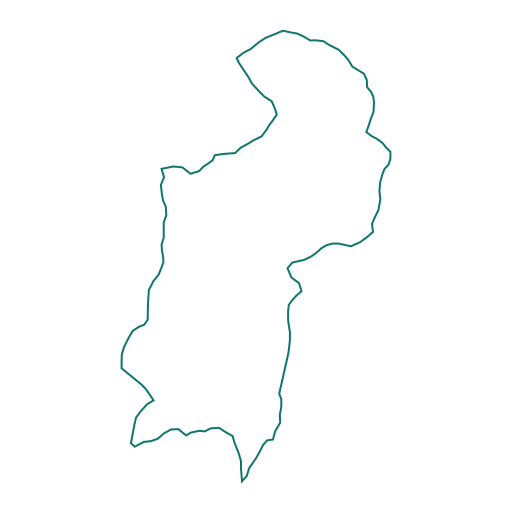 Neves Paulista, São Paulo, Brazil
{"feature_id": "56859067B65354392339928", "entity_name": "Neves Paulista", "entity_type": "district", "adm_level": 2, "iso_a3": "BRA", "parent_name": "Brazil", "parent_adm1": "São Paulo", "projection": "robinson", "projection_center": [-49.646, -20.875], "detail": "fine", "context": "isolated", "style": "outline", "palette": "teal", "viewbox_px": 512, "rotation_deg": 0, "n_neighbors": 0, "source": "geoboundaries", "source_scale": "gbopen_adm2", "svg_char_len": 2147}
<svg xmlns="http://www.w3.org/2000/svg" viewBox="0 0 512 512"><path d="M291.1,32.5L282.9,30.7L275.1,34.0L265.5,37.9L258.7,42.4L250.7,49.0L243.2,52.9L236.7,58.0L239.0,63.0L243.8,70.2L248.4,77.1L252.0,83.6L257.7,89.9L264.3,96.6L271.7,101.3L275.1,109.0L276.7,114.7L272.5,120.8L269.2,125.2L266.5,129.8L261.4,136.5L253.7,140.2L247.4,144.1L241.1,147.4L235.0,153.1L223.8,153.9L214.8,155.2L212.7,160.2L208.2,163.5L203.6,166.5L199.0,171.2L190.4,173.7L182.4,167.4L173.5,166.5L161.6,168.8L164.0,177.2L160.9,185.0L161.9,194.0L163.1,200.6L165.8,206.8L166.3,215.2L163.7,222.6L163.7,229.6L163.7,237.9L161.6,244.3L161.9,250.2L163.1,256.5L163.4,262.2L161.4,267.8L158.6,274.7L153.3,281.3L148.9,290.0L148.2,300.2L147.9,307.7L147.7,319.6L144.3,324.7L138.9,326.8L132.7,330.9L128.5,338.1L124.1,346.8L121.8,354.5L121.6,361.2L121.6,368.3L141.4,384.5L145.9,389.2L153.6,400.3L147.1,404.3L140.4,411.6L136.0,417.7L134.5,424.3L133.4,429.9L132.4,435.4L130.9,443.1L134.7,446.7L143.8,441.9L150.7,441.2L157.5,438.9L164.1,433.3L171.0,429.5L178.2,429.1L186.1,435.4L190.9,432.6L199.2,430.8L204.9,431.4L210.4,428.4L219.0,427.8L225.9,432.3L232.6,436.0L234.4,442.5L238.5,452.6L241.0,461.2L241.0,468.8L242.0,481.3L246.8,475.9L249.1,468.2L256.0,458.3L259.8,451.5L263.2,444.8L267.1,440.4L273.0,439.5L275.1,431.4L280.2,422.7L279.8,415.0L281.3,406.6L281.3,399.1L279.2,393.7L286.8,360.2L288.6,351.9L289.9,340.5L289.9,332.1L288.1,320.3L288.1,311.3L288.8,305.0L291.7,300.8L296.1,295.9L301.5,291.1L299.0,283.1L291.4,277.5L287.5,268.2L292.2,262.7L299.0,261.0L303.8,260.0L310.6,256.8L315.7,253.3L322.0,247.8L326.9,245.1L332.3,243.6L338.7,243.6L344.3,244.8L350.8,246.3L360.2,242.1L366.8,237.3L373.0,231.9L372.0,223.9L374.3,218.5L378.5,209.8L380.3,199.4L379.4,191.0L380.2,182.1L382.4,174.3L384.4,169.1L388.5,164.7L390.4,158.7L390.4,151.8L386.0,147.4L382.7,143.2L377.1,139.0L371.5,136.0L366.3,132.1L368.8,125.2L371.0,118.3L373.5,112.0L374.0,102.3L373.3,96.8L371.0,91.8L367.1,87.2L366.8,80.1L363.9,73.7L358.7,70.5L352.3,66.6L348.7,60.5L344.5,55.5L338.8,49.8L333.4,47.1L328.7,44.7L323.5,41.2L315.4,40.3L310.3,40.5L304.6,37.0L297.4,33.6L291.1,32.5Z" fill="none" stroke="#0f766e" stroke-width="2"/></svg>